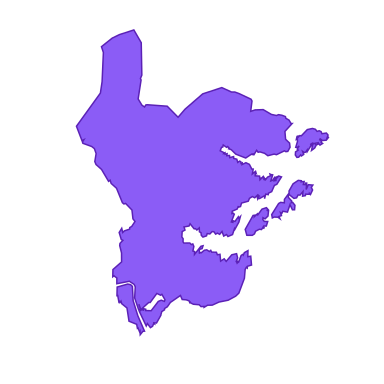 the district of Porsgrunn nor, Telemark, Norway, rotated 280°
{"feature_id": "86288312B50854696471252", "entity_name": "Porsgrunn nor", "entity_type": "district", "adm_level": 2, "iso_a3": "NOR", "parent_name": "Norway", "parent_adm1": "Telemark", "projection": "equal_earth", "projection_center": [9.72, 59.108], "detail": "fine", "context": "isolated", "style": "filled", "palette": "violet", "viewbox_px": 384, "rotation_deg": 280, "n_neighbors": 0, "source": "geoboundaries", "source_scale": "gbopen_adm2", "svg_char_len": 6074}
<svg xmlns="http://www.w3.org/2000/svg" viewBox="0 0 384 384"><g transform="rotate(280 192 192)"><path d="M267.8,273.0L276.8,278.7L276.6,277.7L279.7,275.0L280.9,271.6L282.5,270.9L283.2,267.2L283.2,263.8L282.0,261.9L282.2,256.7L285.5,247.8L283.8,239.9L281.6,235.8L292.0,235.3L293.6,234.1L297.1,221.3L297.9,216.8L297.3,213.6L300.0,203.2L290.5,185.5L272.4,170.8L263.2,165.3L272.2,152.7L270.2,133.1L269.8,131.5L267.5,130.5L268.8,127.6L274.3,122.8L293.5,122.4L294.7,121.5L298.4,122.3L330.2,116.1L341.5,106.6L334.4,93.2L329.7,86.7L319.4,77.6L314.0,80.5L285.0,84.3L273.5,84.6L236.7,66.8L223.5,74.7L224.7,76.4L222.3,75.4L221.0,76.1L219.4,85.3L217.8,88.3L213.2,90.9L205.1,91.0L202.4,92.7L198.5,99.0L188.0,108.0L189.4,109.3L186.4,110.9L182.6,117.0L169.4,125.3L168.4,127.0L169.2,128.6L163.8,136.0L155.3,138.5L153.1,141.0L147.6,138.6L146.2,136.9L144.6,137.0L142.0,132.2L140.1,130.8L144.0,129.1L139.5,127.3L132.9,130.6L132.4,132.3L128.9,130.0L126.7,130.1L119.7,133.2L110.9,134.8L101.9,127.6L94.8,128.7L95.9,129.7L94.3,132.9L88.6,133.9L93.2,145.8L91.0,151.0L88.8,152.6L77.8,153.9L66.6,160.0L67.9,161.5L71.4,159.5L72.3,159.2L67.2,162.0L75.7,168.6L75.9,170.0L86.0,175.0L84.9,179.0L86.0,180.1L81.2,184.1L79.5,183.8L80.1,180.5L78.4,177.8L68.0,172.4L67.2,166.9L68.5,166.8L68.7,164.4L67.3,164.6L67.4,162.8L65.2,160.9L52.1,170.2L54.7,170.9L51.2,174.6L52.9,176.5L55.7,177.1L55.5,178.0L56.6,177.3L56.8,179.8L65.6,182.9L64.9,182.6L69.0,183.0L71.2,185.4L72.5,185.2L74.6,187.6L79.5,189.9L88.1,198.6L84.4,201.0L84.8,205.0L84.3,208.0L83.2,208.7L84.3,208.9L82.8,209.0L81.7,212.8L82.2,218.7L80.7,220.8L81.4,223.7L80.5,223.9L83.2,227.0L84.1,231.6L88.3,237.7L91.7,246.4L97.0,253.1L100.5,255.7L116.1,258.6L125.0,257.8L127.3,258.6L126.7,259.6L128.5,259.5L130.4,263.3L139.0,261.0L138.0,258.2L144.0,257.3L141.4,254.1L139.1,253.5L139.7,253.1L138.8,253.2L139.4,252.8L138.5,252.9L139.1,252.5L138.0,251.4L131.1,250.1L130.1,249.0L132.4,249.1L130.1,248.7L131.2,247.6L135.0,248.4L139.0,246.6L137.1,242.1L129.6,237.7L131.8,235.3L128.9,232.2L135.5,230.4L134.6,227.9L136.9,226.5L136.2,221.8L137.8,220.6L136.4,219.4L137.6,216.6L136.8,214.3L133.7,211.6L133.9,210.1L132.5,210.0L136.7,209.2L138.0,211.8L141.0,212.2L140.1,210.2L131.0,205.3L133.8,204.9L134.1,203.1L138.7,203.3L141.0,201.8L140.1,200.5L141.4,198.7L140.3,192.9L141.4,191.8L144.4,191.4L146.0,189.8L151.3,189.2L153.3,191.7L156.2,190.2L158.0,195.0L160.4,195.6L156.1,200.5L156.5,201.8L155.4,203.4L157.9,205.4L154.1,206.2L153.5,207.9L150.9,208.7L149.5,210.6L151.3,213.9L153.7,214.2L153.8,216.9L156.5,218.7L156.7,220.4L154.6,222.6L155.9,224.2L155.1,226.6L158.3,228.4L154.1,230.9L156.1,233.4L154.4,235.1L157.1,239.3L163.3,240.2L162.6,240.7L170.5,243.4L176.2,243.9L174.3,242.6L175.6,241.9L170.5,239.4L170.8,237.5L169.2,237.5L169.3,235.9L177.5,237.5L178.3,236.3L177.7,235.1L180.1,235.0L183.1,239.5L186.2,240.1L185.1,240.4L186.1,242.3L189.7,242.7L192.7,249.0L195.7,249.7L198.0,252.2L197.2,254.8L200.7,257.3L199.7,258.9L198.7,257.0L196.6,257.9L198.5,258.4L197.1,258.9L197.4,259.8L201.1,264.3L198.0,264.6L202.7,265.0L202.6,267.5L204.1,267.5L206.2,270.4L212.8,272.0L214.3,274.2L222.4,277.5L222.8,274.6L219.5,272.4L217.9,272.7L217.4,271.1L221.5,272.7L220.5,271.1L221.5,271.1L217.7,269.5L216.6,267.7L223.6,268.6L222.6,268.3L223.2,265.7L221.6,266.5L219.8,263.8L216.6,262.1L216.8,260.8L217.9,261.3L218.3,259.0L218.8,260.4L219.8,259.5L215.8,256.8L219.4,255.8L218.9,251.4L221.7,251.1L221.4,252.0L223.4,251.0L220.3,248.3L225.2,248.3L225.0,246.9L229.2,243.7L230.2,240.0L227.7,236.5L229.4,236.4L228.7,235.3L230.3,234.8L230.7,233.5L229.1,231.9L232.1,230.4L232.3,227.3L234.1,226.8L232.4,223.2L234.5,222.6L233.8,219.9L235.8,219.9L234.9,218.0L236.4,217.7L235.4,216.4L236.4,216.4L237.5,212.6L241.1,213.3L241.6,214.5L243.7,214.6L242.0,218.3L243.0,219.3L241.5,220.8L241.9,221.6L240.9,220.8L240.5,223.3L236.9,228.5L234.8,239.0L239.6,244.0L240.1,245.6L239.4,245.2L239.4,246.5L244.3,248.4L242.6,250.2L243.3,252.0L242.7,256.8L240.9,260.4L243.6,266.3L243.4,268.7L248.6,275.9L248.0,277.4L248.6,279.3L253.1,280.8L257.1,279.6L260.2,275.0L267.8,273.0ZM46.7,169.4L60.6,160.2L74.8,152.9L88.7,149.7L90.1,147.6L90.2,144.7L85.4,134.8L76.9,136.1L77.2,136.8L71.0,139.1L71.6,139.5L70.6,140.2L72.2,141.0L69.8,142.2L66.5,148.1L53.8,152.4L52.1,160.5L48.3,161.9L48.8,162.4L44.8,164.9L45.5,165.1L42.5,165.8L46.2,167.8L46.7,169.4ZM265.0,285.8L261.8,285.6L262.4,286.6L259.9,287.1L254.0,286.4L254.0,287.8L256.0,289.5L252.5,288.2L251.7,289.3L249.5,287.0L246.4,287.3L244.3,289.3L244.8,291.0L247.4,292.6L246.5,293.5L248.4,295.5L251.2,293.9L250.4,295.7L251.0,297.0L253.4,298.1L251.9,298.5L258.4,301.2L259.6,300.6L261.1,302.2L260.9,303.6L258.6,301.4L259.6,302.6L253.7,302.5L256.6,305.2L260.1,306.3L261.1,304.2L262.4,307.6L260.6,307.3L261.5,308.6L260.4,309.9L262.5,312.2L263.4,310.5L264.8,310.8L265.6,308.7L266.6,309.0L265.4,311.6L266.3,315.2L270.0,317.2L268.8,315.6L271.7,316.1L273.4,314.1L272.0,309.8L273.9,308.6L274.4,306.6L273.4,304.7L275.2,302.6L275.5,299.6L273.5,294.7L266.3,289.9L266.3,288.4L264.5,287.1L265.5,286.7L265.0,285.8ZM164.4,250.9L158.9,253.5L159.8,258.9L161.6,260.8L164.4,261.4L167.0,264.8L167.1,267.0L169.1,267.9L168.8,269.0L170.0,269.4L168.9,268.8L169.3,268.0L170.9,268.5L171.4,271.1L176.1,271.7L175.6,268.3L177.2,266.5L179.0,266.4L178.2,268.6L181.5,271.0L187.4,270.6L188.1,269.7L186.2,269.3L188.5,269.3L189.5,268.0L187.3,263.9L181.0,260.8L181.9,260.2L178.7,257.8L180.1,257.9L179.5,256.2L164.4,250.9ZM222.1,297.7L221.9,294.6L217.6,290.1L209.9,287.4L206.4,288.0L203.4,293.5L204.4,296.0L207.5,297.0L207.7,298.9L211.7,301.2L207.1,301.6L208.1,304.3L209.6,304.3L210.1,307.8L211.1,307.8L210.1,309.1L214.9,310.4L217.3,308.7L219.8,309.8L219.4,305.3L214.3,304.0L220.7,303.4L220.5,302.2L218.9,302.2L218.7,300.3L221.8,300.6L221.0,297.7L222.1,297.7ZM183.6,274.4L180.4,275.6L181.6,277.3L182.1,281.0L181.0,283.2L183.0,281.9L184.3,284.2L187.1,282.7L186.6,284.2L188.8,284.8L188.8,289.5L196.5,290.7L191.9,294.0L192.3,296.1L196.8,295.7L199.3,292.9L198.7,291.6L200.5,291.7L203.5,287.8L207.0,287.4L200.8,284.3L197.4,284.8L197.2,281.1L195.7,279.3L183.6,274.4Z" fill="#8b5cf6" stroke="#5b21b6" stroke-width="1.5"/></g></svg>